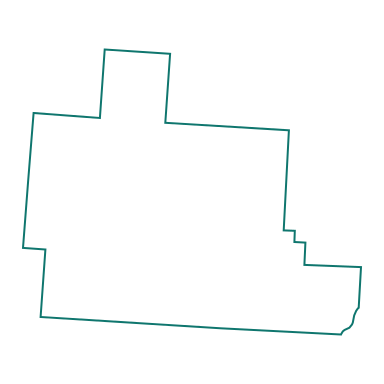 Athens, Ohio, United States of America
{"feature_id": "52423323B42850579427463", "entity_name": "Athens", "entity_type": "district", "adm_level": 2, "iso_a3": "USA", "parent_name": "United States of America", "parent_adm1": "Ohio", "projection": "mercator", "projection_center": [-81.929, 39.369], "detail": "fine", "context": "isolated", "style": "outline", "palette": "teal", "viewbox_px": 384, "rotation_deg": 0, "n_neighbors": 0, "source": "geoboundaries", "source_scale": "gbopen_adm2", "svg_char_len": 466}
<svg xmlns="http://www.w3.org/2000/svg" viewBox="0 0 384 384"><path d="M28.2,180.3L23.0,247.9L45.4,249.5L40.6,317.0L220.9,328.3L341.0,334.5L341.1,334.2L342.8,331.4L344.5,330.0L349.4,327.7L352.0,324.5L352.8,322.6L354.2,315.4L356.2,310.8L357.9,308.4L358.7,307.8L361.0,267.1L304.4,264.9L305.4,242.6L294.4,242.0L294.8,230.8L283.7,230.4L288.9,130.3L165.3,122.8L170.1,53.8L104.7,49.5L99.9,118.0L33.6,113.0L28.2,180.3Z" fill="none" stroke="#0f766e" stroke-width="2"/></svg>